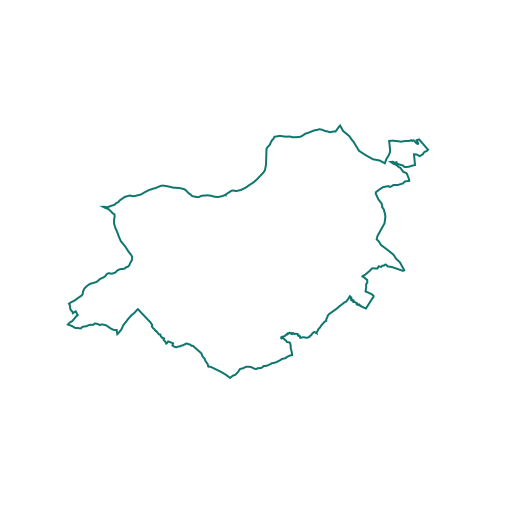 Dragesti, Bihor, Romania, rotated 67°
{"feature_id": "2599482B88212015741869", "entity_name": "Dragesti", "entity_type": "district", "adm_level": 2, "iso_a3": "ROU", "parent_name": "Romania", "parent_adm1": "Bihor", "projection": "mercator", "projection_center": [22.124, 46.918], "detail": "fine", "context": "isolated", "style": "outline", "palette": "teal", "viewbox_px": 512, "rotation_deg": 67, "n_neighbors": 0, "source": "geoboundaries", "source_scale": "gbopen_adm2", "svg_char_len": 6110}
<svg xmlns="http://www.w3.org/2000/svg" viewBox="0 0 512 512"><g transform="rotate(67 256 256)"><path d="M226.8,446.8L228.6,446.6L232.1,447.6L233.7,447.5L235.5,446.8L236.4,446.7L237.0,446.9L236.5,443.6L240.8,443.2L241.3,445.1L243.9,450.1L244.3,451.4L244.3,452.5L244.6,453.7L245.6,455.9L248.8,452.5L251.3,450.8L252.2,449.5L252.3,448.8L253.9,446.2L254.2,445.4L253.5,444.0L253.5,442.6L254.4,439.7L254.3,437.1L254.8,434.8L255.8,432.8L255.1,430.7L256.5,428.6L258.0,427.1L258.5,427.0L258.7,424.7L259.0,424.1L261.3,421.0L266.3,417.8L267.9,416.4L269.3,414.5L269.7,413.2L273.7,414.2L273.0,412.3L271.1,408.8L267.7,404.9L263.5,397.3L262.3,394.6L261.9,394.0L261.3,391.5L260.1,388.4L259.2,386.8L258.8,385.5L275.8,379.1L279.1,378.5L280.1,379.4L282.3,378.9L284.0,378.0L284.5,378.1L286.0,377.6L286.1,377.1L290.2,376.0L290.9,374.8L292.9,375.0L293.3,374.6L294.5,374.5L294.8,373.9L295.5,373.5L295.7,372.9L295.9,372.8L297.1,373.9L299.2,373.0L301.6,372.9L301.6,372.4L300.3,370.2L304.0,366.4L305.8,367.9L307.2,366.9L308.9,365.2L308.9,363.2L309.4,361.6L309.5,360.8L309.3,360.0L309.7,358.1L309.4,356.1L309.6,355.6L309.3,354.9L309.4,354.3L309.9,353.4L310.9,352.5L311.7,351.3L313.7,350.2L313.8,349.6L314.2,349.1L324.3,344.3L328.0,344.4L330.4,343.4L332.5,343.6L336.9,342.7L338.9,343.2L339.4,342.9L339.7,341.8L340.9,340.5L349.3,333.2L353.9,329.9L358.1,327.5L357.1,324.1L357.3,321.5L355.7,317.8L353.8,314.9L354.0,313.1L354.3,312.2L354.1,308.6L354.8,306.5L356.3,303.9L359.1,301.5L360.1,300.1L360.2,299.5L359.9,298.5L360.8,296.1L361.1,294.9L360.7,293.0L360.3,291.9L361.1,289.9L361.1,288.8L361.3,288.0L361.2,285.2L360.9,283.3L361.4,281.6L361.7,278.8L361.3,273.8L360.9,272.6L361.6,268.5L361.2,267.9L360.9,265.4L361.0,262.5L361.4,261.5L359.2,260.8L353.4,259.8L352.6,259.2L349.5,258.6L348.3,259.3L348.2,259.7L347.2,261.2L345.7,261.4L342.3,263.2L341.7,264.3L341.8,264.7L341.4,264.9L340.6,264.4L340.6,263.4L340.7,262.5L341.0,262.2L340.9,260.6L340.4,259.7L340.3,258.6L340.5,258.1L340.3,257.7L339.7,257.6L339.6,257.1L339.7,256.5L340.2,256.1L339.7,255.2L339.8,254.9L340.7,254.4L340.7,253.8L341.2,253.9L342.1,253.3L342.0,252.6L341.4,252.4L341.4,252.0L342.7,251.3L342.9,251.0L342.8,250.4L344.1,248.1L345.3,248.4L346.1,248.2L346.1,247.3L347.2,246.9L348.4,247.3L348.8,247.1L349.0,244.9L349.6,243.5L350.9,241.7L351.3,240.2L351.4,238.8L350.8,238.0L350.5,236.0L349.6,234.9L348.9,233.4L348.8,231.9L350.7,230.5L349.8,230.4L349.6,229.3L347.5,226.8L346.8,224.9L345.6,223.4L343.3,218.6L343.2,216.7L341.6,216.0L340.4,214.4L339.1,213.4L338.1,211.7L336.0,202.2L334.9,199.0L334.2,195.9L333.3,193.0L333.2,190.8L331.5,187.8L329.7,185.3L330.8,184.8L330.8,185.3L331.1,185.5L331.9,184.9L332.3,185.3L332.6,185.3L332.9,184.8L333.4,184.8L333.8,185.6L334.1,185.5L334.3,184.2L334.7,183.8L335.2,184.1L335.4,183.6L335.7,183.6L336.5,184.2L337.2,182.9L338.1,182.1L339.2,181.4L339.5,181.7L339.3,182.1L339.7,182.2L340.6,181.7L341.0,180.9L341.0,180.0L342.0,180.0L342.3,179.3L342.6,179.0L343.2,179.1L347.3,175.3L340.2,165.1L339.9,164.1L339.0,163.5L338.5,163.4L336.4,164.4L333.3,167.1L332.1,168.6L331.3,169.0L328.3,167.0L325.1,165.7L323.8,163.8L321.4,163.0L316.8,165.6L316.5,166.1L316.2,166.0L315.9,162.9L314.1,157.1L312.9,154.5L312.9,153.4L315.0,149.2L313.4,147.1L314.8,145.4L314.9,145.0L314.3,143.6L314.8,141.8L314.4,140.6L314.5,140.0L315.0,139.6L317.1,138.8L318.8,135.9L320.2,134.1L326.9,126.8L327.2,125.6L327.0,125.1L318.1,126.0L313.1,128.2L310.0,128.6L308.0,129.2L301.6,132.6L294.9,136.6L290.7,137.2L287.8,138.4L285.0,136.3L276.1,124.9L270.5,121.6L268.1,120.9L263.1,120.2L260.1,120.8L259.7,120.4L258.8,120.1L256.6,119.9L251.8,121.2L245.4,121.4L244.2,120.8L243.5,118.4L242.5,114.0L242.3,111.9L243.4,106.8L244.7,106.0L244.8,103.9L244.4,102.2L244.5,101.4L246.1,97.6L246.6,92.6L245.6,89.7L246.7,85.6L245.3,85.2L242.4,85.0L238.6,85.1L236.0,87.6L231.1,88.7L230.2,89.7L227.3,91.0L224.9,93.3L222.1,95.2L222.7,93.1L224.0,92.3L224.3,91.7L224.6,90.0L226.2,90.2L230.1,85.4L231.9,84.7L232.9,82.8L233.6,80.1L233.9,76.7L234.4,74.1L224.1,70.8L225.4,68.4L228.1,66.3L227.4,62.3L226.6,61.5L226.2,60.7L226.0,59.4L226.1,58.1L225.4,56.1L212.4,60.3L212.2,62.9L215.8,62.7L216.1,63.1L215.9,63.6L214.1,64.6L211.5,65.5L211.0,65.9L210.9,66.6L211.1,67.3L210.0,68.0L210.1,69.5L208.4,73.9L207.4,77.9L205.6,80.8L204.2,83.5L203.6,84.2L202.1,88.5L211.1,91.2L213.3,92.5L215.9,95.4L217.4,97.8L221.0,101.2L216.3,105.0L212.7,110.5L205.4,116.1L199.4,120.1L188.9,121.6L186.1,122.5L183.3,123.0L182.1,123.3L174.9,127.0L168.8,127.6L169.4,129.0L172.5,134.2L171.8,135.4L171.7,136.3L171.0,138.9L171.0,139.6L168.8,142.0L168.6,142.8L165.3,146.2L164.0,148.3L163.9,150.0L163.3,152.4L163.1,154.6L163.0,160.3L162.7,162.8L163.4,166.2L163.6,168.5L162.9,171.1L161.0,175.9L159.2,178.2L157.8,182.0L154.7,187.2L153.5,192.4L155.3,194.7L155.5,195.7L157.1,197.9L158.9,199.6L160.5,203.2L161.4,204.4L176.0,211.2L180.3,214.1L181.9,216.2L185.7,224.9L187.1,228.9L188.3,235.6L188.8,237.4L189.2,240.6L189.3,244.5L188.4,249.2L187.1,250.8L186.7,251.6L186.4,253.2L187.5,259.6L187.8,260.4L188.1,260.4L187.8,260.9L187.6,264.3L186.9,267.7L186.1,269.6L184.4,272.2L183.6,272.9L181.2,276.8L180.6,278.8L179.6,281.5L179.3,283.4L179.4,285.6L178.7,287.3L176.4,290.7L175.5,291.6L173.8,292.2L171.4,293.7L168.5,294.7L166.6,295.8L163.7,299.6L160.7,305.5L157.1,310.4L154.9,314.0L154.2,316.2L154.2,322.2L153.8,324.7L153.5,328.6L153.8,333.4L154.3,336.7L154.4,338.2L153.4,344.3L152.7,346.3L151.1,348.3L150.3,353.6L151.6,359.8L152.6,361.6L152.7,363.9L153.5,366.2L153.6,366.9L153.3,368.7L153.1,373.3L152.6,374.6L151.4,376.5L151.0,377.5L152.6,376.2L155.0,373.6L159.1,371.7L160.4,371.4L162.3,370.0L164.5,370.7L166.8,372.3L170.8,374.0L175.2,374.5L179.7,374.4L185.5,374.7L189.6,374.6L196.0,372.7L202.4,371.6L206.1,370.5L208.7,370.4L211.1,371.6L213.2,374.4L215.1,376.4L215.8,378.1L215.6,380.2L216.2,381.5L216.2,382.5L215.0,386.3L215.0,388.0L215.4,390.1L216.1,391.5L216.3,392.3L216.0,395.3L215.6,396.4L214.6,397.6L214.3,398.5L214.2,399.8L214.6,400.9L215.7,402.6L216.1,404.7L216.2,408.5L217.6,412.8L216.8,419.9L217.6,423.4L218.9,426.7L221.1,429.1L223.3,430.4L224.2,431.8L225.0,435.8L226.0,439.7L226.4,444.6L226.8,446.8Z" fill="none" stroke="#0f766e" stroke-width="2"/></g></svg>